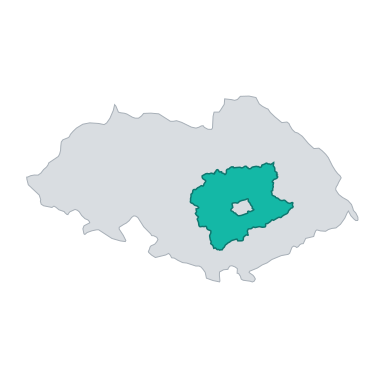 location of Středočeský within Czechia, rotated 177°
{"feature_id": "CZE-1596", "entity_name": "Středočeský", "entity_type": "Region", "adm_level": 1, "iso_a3": "CZE", "parent_name": "Czechia", "parent_adm1": "", "projection": "mercator", "projection_center": [14.499, 50.046], "detail": "fine", "context": "in_parent", "style": "filled", "palette": "teal", "viewbox_px": 384, "rotation_deg": 177, "n_neighbors": 0, "source": "natural_earth", "source_scale": "10m", "svg_char_len": 8902}
<svg xmlns="http://www.w3.org/2000/svg" viewBox="0 0 384 384"><g transform="rotate(177 192 192)"><path d="M356.3,215.5L355.1,215.6L352.3,216.7L348.7,217.2L344.8,216.9L341.8,218.9L339.0,222.2L336.0,224.5L334.4,226.5L333.5,228.6L323.6,234.5L322.2,236.9L321.1,240.3L320.6,244.8L319.9,248.8L318.2,250.9L312.9,252.7L311.5,253.7L310.5,255.8L307.5,258.9L304.0,261.9L297.5,265.4L290.5,266.4L281.5,265.3L276.2,263.9L273.6,265.4L270.1,269.9L266.3,277.6L264.7,283.3L263.5,281.7L261.3,275.6L258.9,274.8L255.5,274.2L253.0,273.3L247.6,269.8L244.8,268.7L241.6,268.5L238.5,270.5L236.2,273.0L229.0,272.9L221.1,271.8L209.8,263.7L206.8,263.6L203.7,264.0L198.7,262.1L189.2,256.8L184.7,255.6L181.8,256.3L179.3,257.5L177.4,257.6L176.3,255.9L172.8,253.8L169.2,253.5L168.2,254.8L167.0,266.4L165.8,270.6L160.8,270.4L159.1,272.4L155.2,277.9L154.5,283.3L147.8,282.2L144.6,281.3L141.8,282.0L138.7,285.0L130.0,284.8L123.2,283.0L120.2,276.4L117.1,273.8L113.1,271.4L111.8,270.9L109.6,267.3L105.4,262.8L98.7,256.6L93.5,256.9L91.6,255.3L90.7,253.0L88.6,249.1L86.1,246.4L83.2,245.3L78.9,241.8L73.2,234.3L68.0,229.0L63.0,229.1L59.8,226.3L56.5,222.7L54.1,219.2L50.4,210.7L47.7,205.8L45.6,202.8L43.2,200.3L42.3,198.3L45.2,193.7L46.3,191.4L47.6,189.7L48.3,187.9L48.3,186.5L45.6,181.9L42.0,178.7L36.8,175.4L33.4,171.2L32.2,167.3L31.8,165.2L29.5,162.4L27.7,158.2L27.7,155.6L28.1,154.9L29.9,154.9L31.8,156.6L34.6,160.0L36.8,164.8L38.2,162.9L40.8,157.8L45.4,152.0L50.1,148.6L54.3,148.3L57.7,147.4L60.6,145.8L65.6,146.4L69.3,147.6L70.4,146.9L71.9,143.8L72.8,141.2L80.9,139.7L83.6,134.6L85.2,134.6L87.0,133.8L88.7,131.9L90.3,131.1L91.6,132.1L93.3,132.7L95.1,131.5L97.7,125.7L99.2,124.7L106.2,123.8L115.8,120.4L120.7,117.3L125.5,115.6L130.6,112.7L138.8,109.8L139.2,108.6L135.4,105.6L134.1,103.7L133.3,101.8L134.6,99.7L136.4,99.0L138.7,99.9L145.5,101.2L147.4,102.4L148.1,105.4L149.8,108.2L151.2,108.5L150.7,113.1L152.9,114.9L156.0,116.3L158.1,116.0L159.7,114.1L160.2,112.9L164.5,112.7L168.7,110.7L169.0,107.6L168.8,101.7L169.2,100.8L175.7,102.5L182.1,105.2L183.0,111.0L184.8,113.9L186.8,116.5L188.8,117.7L192.1,117.9L200.9,121.3L205.1,122.0L209.5,124.4L213.1,126.9L215.8,127.4L217.0,130.1L218.6,131.9L221.5,130.5L232.0,128.5L235.8,131.2L238.4,133.9L238.7,134.8L237.4,137.3L236.8,139.2L235.7,140.4L232.0,141.8L230.0,143.9L228.5,146.3L229.5,148.6L232.5,150.3L234.6,150.6L235.4,152.3L242.0,159.7L247.4,169.3L249.4,170.8L251.4,171.2L253.6,169.8L256.2,166.7L259.3,164.4L261.9,163.2L266.5,160.6L266.7,158.8L262.9,152.3L260.6,147.0L261.2,146.0L266.1,146.9L274.4,149.8L287.3,159.2L289.5,159.2L294.0,158.5L298.9,157.0L301.2,155.2L302.1,155.9L302.9,161.0L301.6,163.9L295.7,166.6L296.1,168.0L297.6,169.7L300.2,170.9L303.4,174.3L305.6,178.1L307.5,179.8L309.7,180.7L315.0,178.6L316.5,177.0L317.1,175.9L318.2,176.2L320.0,178.0L320.6,179.1L325.8,181.2L328.7,183.9L330.6,185.1L332.7,183.9L340.9,186.0L343.2,187.7L343.9,190.6L343.5,192.4L344.7,196.9L355.1,207.8L356.2,213.3L356.3,215.5Z" fill="#d9dde1" stroke="#a8b0b8" stroke-width="1"/><path d="M193.2,188.0L193.1,189.4L193.1,189.8L192.9,190.0L192.2,190.3L191.7,190.9L191.4,191.7L191.1,193.2L191.0,193.5L190.8,193.8L190.5,194.1L190.1,194.3L189.5,194.4L188.2,194.2L187.9,194.4L186.2,195.9L184.5,196.6L182.5,197.8L182.1,197.8L181.8,197.8L181.2,197.4L180.9,197.3L180.5,197.5L180.1,197.9L180.0,198.2L179.6,199.4L179.2,200.0L178.1,201.3L177.9,201.7L177.7,202.2L177.8,202.6L178.0,202.9L180.2,204.5L180.5,204.8L180.8,205.3L181.0,205.9L181.1,206.7L181.0,207.6L177.2,209.5L175.8,209.7L175.0,209.4L173.6,209.3L172.4,209.7L171.8,209.8L171.2,209.7L169.3,208.9L168.7,208.9L168.5,209.2L168.4,209.4L168.6,210.0L168.4,210.4L167.4,210.9L167.3,211.0L167.2,211.3L166.9,211.9L166.7,212.3L166.2,212.8L165.5,213.0L165.0,212.8L164.5,212.3L164.3,212.0L163.9,210.9L163.6,210.7L163.0,210.5L162.1,210.7L161.6,210.7L161.3,210.5L161.3,209.8L161.1,209.5L160.8,209.3L159.4,208.9L159.1,208.7L158.4,207.8L158.2,207.7L157.9,207.8L157.3,208.3L157.0,208.8L156.7,209.4L156.6,209.9L156.5,211.9L156.2,212.3L155.5,212.9L153.9,213.2L153.6,213.4L152.9,214.1L151.7,214.8L151.2,215.0L150.7,215.0L149.5,214.9L149.4,214.8L149.4,214.6L149.4,214.2L148.8,214.0L143.4,214.2L142.5,214.1L141.7,213.6L141.1,213.5L140.1,213.6L137.8,214.9L136.9,214.9L136.5,214.8L136.3,214.6L135.8,213.8L135.6,213.7L135.0,213.5L134.8,213.2L134.7,212.7L133.7,212.2L132.9,212.2L132.1,212.4L131.0,213.4L130.0,213.8L127.2,214.2L125.9,214.2L125.2,213.9L124.3,213.9L124.0,213.8L123.5,213.3L123.0,213.0L122.6,213.0L122.2,213.1L121.7,213.4L121.4,213.6L121.1,214.1L120.9,215.0L120.6,215.3L118.2,216.0L116.7,216.8L116.2,216.9L115.8,216.9L114.7,216.1L114.1,216.0L113.1,215.9L112.8,215.8L112.2,215.4L111.7,215.4L108.9,217.1L108.9,216.4L109.2,215.3L109.4,214.5L109.4,214.1L109.3,213.6L108.5,212.5L108.3,212.2L108.2,211.7L108.1,210.9L108.2,209.1L108.1,208.6L107.9,208.3L107.4,207.8L106.4,207.2L106.2,206.9L106.1,206.3L106.2,206.1L106.6,205.6L106.7,205.4L106.6,205.2L105.9,204.6L106.6,204.1L106.6,203.8L106.6,203.6L105.8,202.9L105.6,202.6L105.8,202.2L106.0,201.9L106.6,201.3L107.2,201.0L107.8,200.7L109.2,200.4L109.6,200.2L111.2,198.5L111.3,198.1L111.3,197.9L111.2,197.6L110.2,197.1L110.2,196.5L110.8,194.5L110.8,194.1L110.6,193.3L110.6,192.8L111.3,191.1L111.3,190.4L111.3,189.5L111.5,189.1L112.4,188.9L112.7,188.8L112.8,188.6L112.8,188.4L112.7,188.1L112.2,186.1L112.2,185.4L112.3,185.1L112.1,184.8L111.6,184.3L109.1,183.0L108.9,182.4L108.7,182.1L108.4,181.9L106.8,181.4L106.5,181.2L106.2,181.0L104.9,179.6L103.9,179.0L103.0,178.8L102.5,178.7L100.8,179.0L99.9,178.9L99.5,178.6L97.1,176.3L96.3,175.9L95.5,175.7L94.9,175.5L94.3,175.5L93.3,176.1L92.8,176.2L92.3,176.2L92.0,176.1L91.9,175.9L91.9,175.5L92.4,174.2L92.4,173.8L92.4,173.5L91.8,172.0L92.3,171.2L92.9,170.9L93.7,170.7L94.2,170.5L95.4,169.2L96.0,168.8L96.5,168.2L96.9,167.1L97.6,166.1L97.9,165.8L98.4,165.4L101.3,164.2L103.4,162.9L103.8,162.4L104.3,162.0L104.8,161.9L105.3,161.9L106.1,162.2L106.3,162.2L107.2,162.0L111.8,159.6L112.3,159.5L113.3,160.1L113.7,160.0L114.2,159.6L115.1,158.5L118.0,156.7L118.5,156.5L119.5,156.5L119.9,156.4L120.2,155.9L120.3,155.7L120.2,154.6L120.3,154.2L120.4,153.8L120.6,153.5L121.0,153.3L121.6,153.2L123.6,153.1L124.8,153.4L126.0,153.8L126.9,153.9L130.8,153.2L132.4,153.8L133.0,153.6L134.4,152.5L134.8,152.3L136.2,152.2L137.0,152.3L137.4,152.2L137.8,152.0L138.2,151.4L138.5,150.7L138.8,150.2L138.8,149.7L138.5,148.7L138.6,147.9L138.6,147.6L138.2,146.3L138.2,146.0L138.4,145.9L138.8,146.0L139.4,146.2L140.0,146.3L140.7,146.0L142.1,144.8L142.8,144.3L143.1,143.4L143.2,142.3L143.3,141.7L143.6,141.1L144.0,140.9L144.5,140.7L146.7,140.7L147.6,140.8L148.3,140.8L148.7,140.8L148.9,140.9L149.0,141.1L149.1,141.4L149.2,142.0L149.3,142.4L149.5,142.5L149.9,142.6L150.7,142.5L155.1,141.4L157.1,140.0L158.9,139.2L159.9,138.3L161.1,137.6L161.5,137.2L161.8,136.8L162.5,135.5L162.8,135.1L163.8,134.3L164.9,132.8L165.1,132.6L165.4,132.7L165.9,132.9L166.3,132.9L167.2,132.5L167.5,132.6L168.0,133.0L168.4,133.2L169.6,133.1L169.8,133.2L170.1,133.3L171.3,134.7L171.6,134.9L172.0,134.9L173.2,134.6L173.7,136.8L174.2,137.8L175.9,139.3L176.0,139.6L176.0,139.9L175.6,140.5L175.5,140.9L175.5,141.5L175.6,141.9L175.9,142.5L176.2,143.2L176.6,146.3L176.7,147.1L176.6,147.7L176.4,148.1L176.0,148.9L175.6,149.5L175.3,150.5L175.2,151.6L175.3,152.1L175.4,152.4L177.9,153.5L178.5,154.0L179.0,154.7L179.1,155.3L179.3,156.2L179.4,156.6L179.7,156.9L180.3,157.0L181.6,156.8L182.0,156.8L183.4,157.1L185.3,156.9L185.7,156.9L186.0,157.0L186.4,157.4L186.7,157.8L186.8,158.3L187.0,159.6L187.0,160.6L187.1,161.2L187.3,162.0L188.1,164.2L188.2,164.6L188.0,165.1L187.8,165.4L187.0,166.3L186.9,166.5L186.9,166.9L187.2,167.3L188.0,167.8L188.8,168.8L189.4,169.7L189.6,170.2L189.7,170.5L188.7,171.5L188.5,172.0L188.5,172.4L188.8,173.9L188.7,175.0L188.2,174.9L187.3,175.2L186.4,175.6L186.1,176.0L186.7,176.9L187.0,177.3L188.2,178.0L189.8,178.5L190.2,178.8L191.9,180.5L192.3,180.8L193.0,180.9L193.3,181.1L193.7,181.4L194.1,182.0L194.2,182.3L193.9,183.2L193.8,185.0L193.8,185.5L193.2,187.4L193.2,188.0ZM149.5,179.0L151.2,178.9L152.3,178.6L152.6,178.0L152.7,177.7L152.3,176.6L152.4,175.9L152.4,175.7L152.0,174.8L152.0,174.7L152.3,174.3L153.6,173.0L154.0,172.5L154.1,172.2L154.2,171.9L154.1,171.6L153.9,171.2L153.6,171.0L152.6,170.6L152.2,170.4L151.9,170.1L151.4,169.3L151.2,169.1L149.5,168.5L149.3,168.2L149.2,167.7L148.9,167.4L148.3,167.0L147.6,166.2L147.3,166.0L146.5,165.8L144.1,166.0L137.7,167.9L137.5,168.0L137.3,168.3L137.3,168.5L137.4,169.3L137.4,169.5L137.2,169.7L136.9,169.9L136.6,169.9L136.4,169.9L135.2,169.4L134.6,169.4L132.3,170.3L131.4,170.8L131.2,171.0L131.2,171.3L131.4,171.6L132.3,172.1L132.7,172.5L132.8,172.7L132.8,172.8L132.5,173.7L132.5,174.1L134.0,176.0L134.2,176.5L134.5,177.4L134.7,177.9L136.1,179.6L136.3,180.1L136.2,181.4L136.2,181.9L136.5,182.2L137.2,182.3L139.3,181.5L142.8,180.9L144.9,180.2L145.2,180.0L146.0,179.3L146.7,178.7L147.2,178.6L147.7,178.6L148.6,178.9L149.5,179.0Z" fill="#14b8a6" stroke="#0f766e" stroke-width="1.5"/></g></svg>